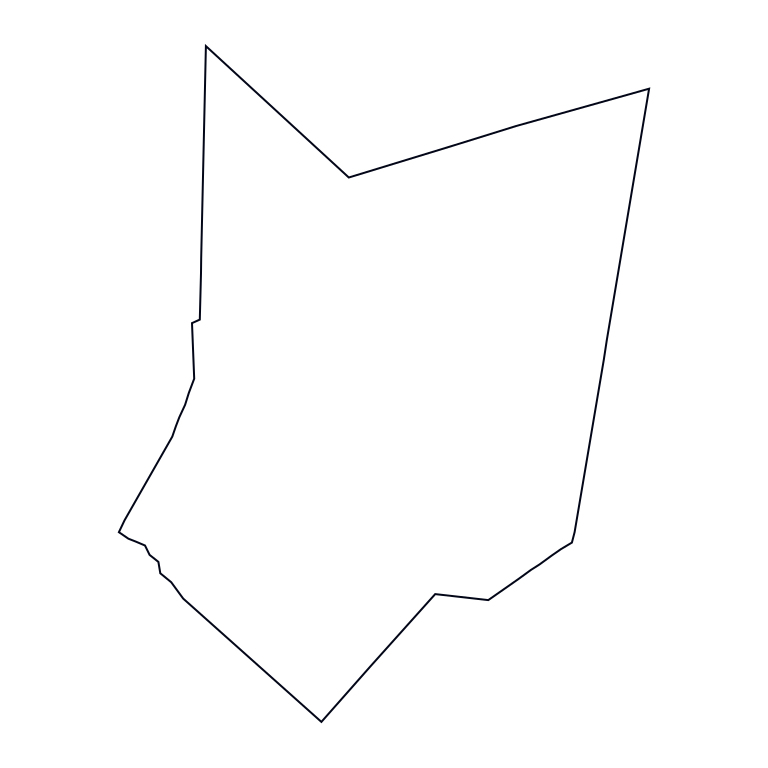 the district of Rio Largo, Alagoas, Brazil
{"feature_id": "56859067B27128129114262", "entity_name": "Rio Largo", "entity_type": "district", "adm_level": 2, "iso_a3": "BRA", "parent_name": "Brazil", "parent_adm1": "Alagoas", "projection": "robinson", "projection_center": [-35.887, -9.482], "detail": "fine", "context": "isolated", "style": "outline", "palette": "ink", "viewbox_px": 768, "rotation_deg": 0, "n_neighbors": 0, "source": "geoboundaries", "source_scale": "gbopen_adm2", "svg_char_len": 605}
<svg xmlns="http://www.w3.org/2000/svg" viewBox="0 0 768 768"><path d="M118.9,532.2L128.4,538.7L135.8,541.6L145.0,545.5L149.6,554.9L158.4,561.9L160.3,573.3L171.2,582.2L183.2,598.6L321.4,721.9L370.3,666.5L435.2,594.1L488.3,600.1L518.9,578.7L531.1,569.8L539.6,564.4L551.8,555.5L561.0,549.1L571.9,542.6L574.6,532.2L577.3,516.3L603.8,359.8L606.8,340.1L649.1,88.7L516.2,126.0L452.2,145.9L348.8,177.5L205.9,46.1L201.2,257.3L201.0,273.1L199.8,319.6L192.0,323.1L194.2,378.7L188.8,393.0L185.1,404.8L179.3,417.3L175.9,426.2L172.3,436.6L124.5,520.4L118.9,532.2Z" fill="none" stroke="#020617" stroke-width="2"/></svg>